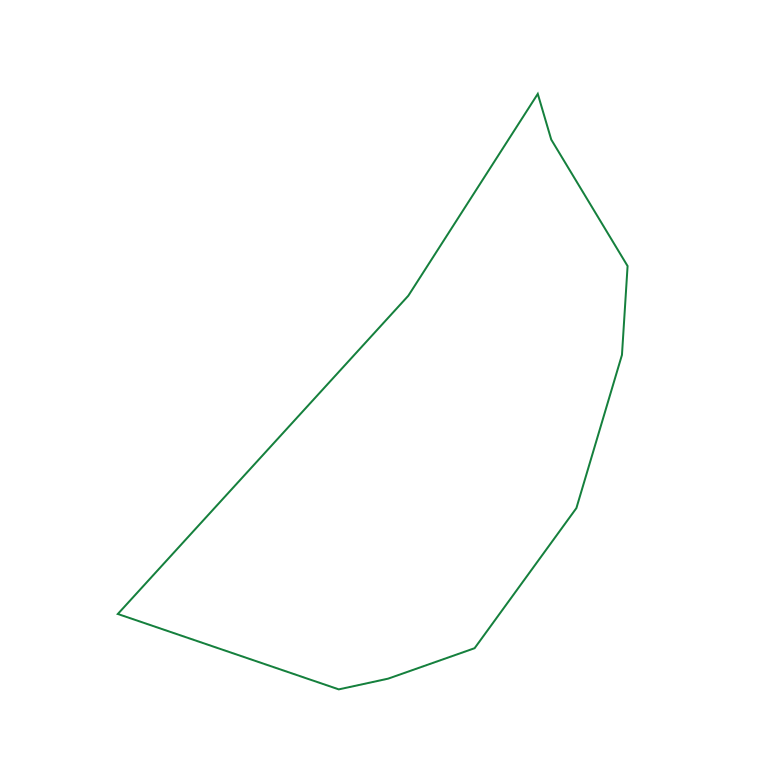 SVG path tracing the border of Port of Spain, rotated 98°
{"feature_id": "TTO-64", "entity_name": "Port of Spain", "entity_type": "City", "adm_level": 1, "iso_a3": "TTO", "parent_name": "Trinidad and Tobago", "parent_adm1": "", "projection": "orthographic", "projection_center": [-61.515, 10.657], "detail": "fine", "context": "isolated", "style": "outline", "palette": "green", "viewbox_px": 768, "rotation_deg": 98, "n_neighbors": 0, "source": "natural_earth", "source_scale": "10m", "svg_char_len": 296}
<svg xmlns="http://www.w3.org/2000/svg" viewBox="0 0 768 768"><g transform="rotate(98 384 384)"><path d="M648.8,615.6L293.2,372.2L75.3,272.1L118.7,252.4L233.3,159.2L322.1,152.4L480.1,176.2L633.0,257.5L675.2,338.9L692.7,386.3L648.8,615.6Z" fill="none" stroke="#15803d" stroke-width="2"/></g></svg>